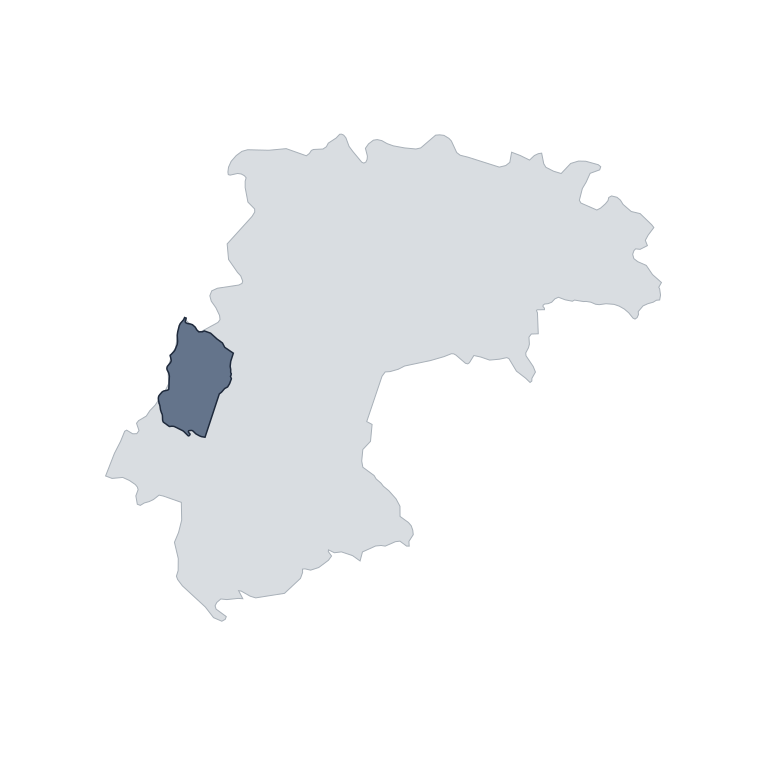 Mali highlighted on a map of Guinea, rotated 289°
{"feature_id": "GIN-5652", "entity_name": "Mali", "entity_type": "Prefecture", "adm_level": 1, "iso_a3": "GIN", "parent_name": "Guinea", "parent_adm1": "", "projection": "robinson", "projection_center": [-12.225, 12.042], "detail": "fine", "context": "in_parent", "style": "filled", "palette": "slate", "viewbox_px": 768, "rotation_deg": 289, "n_neighbors": 0, "source": "natural_earth", "source_scale": "10m", "svg_char_len": 5153}
<svg xmlns="http://www.w3.org/2000/svg" viewBox="0 0 768 768"><g transform="rotate(289 384 384)"><path d="M465.3,508.8L459.5,507.9L456.9,509.1L449.2,519.3L444.6,523.3L437.5,522.0L434.9,522.8L433.0,521.6L435.6,516.0L439.3,505.0L448.7,493.8L448.9,491.5L445.0,485.0L441.0,476.1L441.0,466.6L440.2,459.7L431.9,457.8L430.3,456.6L430.1,454.3L434.8,442.5L435.2,440.0L434.6,437.9L429.4,431.8L421.5,420.6L407.7,397.6L402.6,392.7L397.7,385.7L395.8,381.2L390.7,379.6L342.8,379.9L341.9,385.9L325.4,389.9L315.2,385.3L303.9,388.0L298.4,391.1L294.2,404.5L291.7,407.4L289.3,413.4L287.1,416.7L284.6,423.4L279.3,432.8L273.6,438.9L264.0,442.3L261.0,452.2L258.8,455.9L255.1,458.8L251.1,460.7L243.3,458.8L238.9,460.6L238.1,458.1L240.6,450.2L238.6,446.1L231.1,437.9L230.4,433.9L228.1,428.8L218.2,418.3L208.9,419.0L211.5,410.1L211.4,398.4L208.3,392.0L209.1,385.5L207.4,385.9L204.3,390.4L199.3,388.9L189.2,382.0L184.1,375.2L183.5,369.4L182.4,367.2L179.3,368.4L173.0,368.3L153.7,358.1L140.0,332.3L139.8,326.5L141.7,316.5L141.3,313.8L135.0,320.4L133.8,315.9L129.0,305.6L127.6,299.7L123.0,297.0L119.3,296.5L116.5,298.5L112.7,310.6L109.8,310.5L106.9,307.9L107.6,298.9L115.0,287.6L127.5,259.1L131.9,252.6L134.7,250.3L140.6,250.1L152.0,246.3L166.1,237.4L176.8,238.1L189.5,237.0L206.1,230.9L206.2,211.8L205.7,207.5L199.8,203.7L196.4,200.3L193.5,196.1L189.9,193.1L190.0,189.9L197.4,185.8L204.1,185.9L206.3,184.3L208.0,181.6L209.9,174.7L210.6,167.4L206.2,157.6L206.4,150.7L230.7,151.7L244.0,153.6L254.9,154.2L256.6,155.7L255.1,162.5L256.5,166.4L260.2,167.5L266.3,162.8L269.5,163.9L276.3,169.7L282.6,171.3L289.5,174.5L296.0,176.2L301.8,176.0L306.1,179.3L314.2,180.3L324.7,176.1L332.9,174.3L344.4,173.8L350.4,175.2L368.0,171.9L381.8,173.8L379.7,176.0L373.4,191.3L374.1,194.1L388.2,207.0L391.5,208.0L395.3,206.2L401.4,200.2L406.1,193.7L410.7,190.6L416.0,190.8L420.3,195.3L430.3,214.5L432.9,217.0L435.3,216.9L439.6,213.3L441.8,209.2L451.1,196.5L465.4,190.1L499.5,204.7L504.5,205.8L507.4,204.7L511.7,196.1L524.5,188.8L530.6,186.7L534.1,186.5L535.5,184.2L536.1,180.7L535.4,177.0L531.4,170.5L531.3,168.6L533.6,167.4L538.4,166.4L544.8,167.0L551.9,169.9L557.7,173.9L561.1,178.8L567.5,199.0L574.7,214.9L574.5,236.3L577.7,238.4L581.2,239.3L582.8,241.0L586.3,249.8L589.6,252.3L593.6,252.9L600.9,258.6L605.7,260.8L606.4,262.5L606.2,264.8L604.4,267.8L597.3,273.6L593.8,278.7L586.5,290.7L586.3,293.0L587.9,294.6L590.9,294.9L594.1,294.1L600.8,289.7L606.0,291.2L611.1,294.6L612.9,298.1L613.4,302.7L612.3,308.6L612.2,315.2L613.9,326.5L616.6,337.7L619.2,341.9L636.1,351.8L637.7,355.5L638.6,359.7L637.4,365.4L635.7,368.6L626.5,377.4L625.1,381.6L625.8,389.4L626.6,422.4L630.2,428.0L634.5,430.8L644.7,429.2L644.4,438.4L643.1,448.7L649.0,451.8L652.0,454.9L653.6,457.9L644.3,463.3L641.6,466.5L640.4,475.1L640.7,483.0L653.3,488.7L658.1,495.3L660.3,502.2L661.1,515.2L660.0,518.2L656.7,518.2L650.3,510.3L640.6,509.4L633.4,507.9L621.3,508.9L619.2,511.3L617.8,528.6L620.8,531.5L626.5,534.7L630.3,536.1L633.5,535.8L635.9,537.9L636.4,543.5L634.8,547.7L631.6,551.6L627.6,561.6L628.5,570.7L621.7,585.3L619.8,588.2L610.8,585.3L604.9,584.3L600.6,588.0L594.7,582.3L593.7,577.9L591.5,576.9L587.6,576.9L583.9,579.4L582.3,584.0L581.5,593.4L574.9,602.2L570.3,613.3L564.9,612.3L563.8,613.6L558.1,616.5L553.2,617.3L551.9,614.3L549.0,611.9L545.8,607.3L542.2,603.5L535.2,600.8L532.5,602.0L529.2,601.7L527.1,600.2L527.4,597.9L531.0,592.2L533.1,586.9L534.2,581.1L534.2,575.6L532.2,567.8L529.1,561.7L528.3,558.1L528.7,553.0L527.9,548.3L526.9,545.8L525.4,536.8L523.6,535.2L522.6,528.0L522.8,520.7L520.2,517.9L515.9,515.9L513.4,513.0L511.9,509.8L510.4,508.8L509.1,509.0L507.9,511.0L506.5,511.5L504.0,504.6L503.0,504.3L501.3,505.9L481.7,513.5L479.2,507.0L475.5,505.8L469.0,508.5L465.3,508.8Z" fill="#d9dde1" stroke="#a8b0b8" stroke-width="1"/><path d="M372.4,171.4L374.9,171.7L379.8,173.7L381.9,173.8L381.9,175.5L380.5,175.7L378.7,175.6L377.5,176.3L377.2,178.2L377.7,181.6L377.7,183.6L376.3,187.0L374.2,189.4L373.0,191.9L374.3,195.4L375.7,196.8L375.6,203.5L372.2,211.4L370.2,217.9L366.8,221.5L365.0,228.1L364.1,231.5L355.5,231.7L350.6,232.8L347.9,234.3L344.9,235.3L344.1,236.2L342.7,236.5L341.3,236.3L339.3,238.0L334.1,237.9L330.3,237.1L327.8,234.8L323.3,233.0L321.0,231.5L312.2,231.6L298.5,231.8L275.4,232.1L274.8,228.5L274.9,226.4L275.6,222.4L277.4,218.5L277.5,218.1L277.5,217.6L277.4,216.9L277.0,216.0L276.5,215.0L276.3,214.7L275.9,214.5L275.4,214.5L274.9,214.8L274.5,215.2L273.9,216.5L273.5,216.9L273.1,217.0L272.7,217.0L272.2,216.8L271.7,216.6L271.3,216.1L271.3,215.6L273.9,210.2L274.3,209.0L275.5,199.8L275.5,199.2L275.4,198.6L275.0,197.1L274.0,195.1L274.1,194.3L276.1,187.8L276.8,187.1L277.8,186.4L281.7,184.9L282.5,184.5L283.4,183.9L284.4,182.9L286.8,181.1L290.3,179.3L292.7,177.6L292.7,177.4L293.3,177.2L295.5,175.9L296.9,175.3L298.2,175.0L299.5,175.0L301.1,175.5L304.3,176.8L305.6,177.9L307.8,181.5L309.0,182.2L321.6,178.5L324.4,176.8L326.9,174.2L328.3,173.5L330.1,173.4L334.6,175.1L336.2,175.3L337.2,175.1L340.1,173.3L340.9,172.7L341.2,172.5L341.7,172.5L341.9,172.6L342.0,172.8L346.5,174.9L348.1,175.3L354.2,175.6L357.0,175.0L362.8,172.6L365.9,172.0L372.4,171.4Z" fill="#64748b" stroke="#1e293b" stroke-width="1.5"/></g></svg>